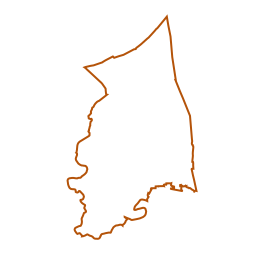 Murighiol, Tulcea, Romania, rotated 176°
{"feature_id": "2599482B84020842271263", "entity_name": "Murighiol", "entity_type": "district", "adm_level": 2, "iso_a3": "ROU", "parent_name": "Romania", "parent_adm1": "Tulcea", "projection": "orthographic", "projection_center": [29.149, 44.927], "detail": "fine", "context": "isolated", "style": "outline", "palette": "amber", "viewbox_px": 256, "rotation_deg": 176, "n_neighbors": 0, "source": "geoboundaries", "source_scale": "gbopen_adm2", "svg_char_len": 5457}
<svg xmlns="http://www.w3.org/2000/svg" viewBox="0 0 256 256"><g transform="rotate(176 128 128)"><path d="M140.2,31.0L140.1,31.6L140.0,31.8L139.5,32.1L138.5,32.7L137.3,34.1L137.0,35.0L136.4,35.8L136.2,36.1L135.0,37.2L137.5,39.3L137.5,39.5L135.7,38.5L132.4,37.0L131.1,36.1L130.7,36.0L129.9,36.0L125.8,36.5L123.2,36.9L122.3,37.1L119.9,37.9L119.1,38.2L117.9,39.0L117.4,39.4L116.6,40.4L116.2,41.5L116.0,42.3L115.9,42.7L115.8,43.1L115.7,43.6L115.8,44.1L115.9,44.5L116.3,46.2L116.6,46.6L117.3,47.1L118.1,47.3L119.1,47.3L123.1,46.5L123.4,46.6L125.9,45.8L126.8,45.8L127.4,46.0L127.5,46.2L127.4,47.0L126.9,48.5L126.6,49.1L125.8,50.1L123.5,52.2L120.9,55.2L120.4,55.5L119.6,55.6L119.1,55.7L118.1,55.5L116.7,55.1L115.3,54.6L113.9,53.8L113.9,55.6L112.7,57.5L112.6,57.4L112.3,57.8L112.3,58.0L112.5,58.1L112.8,58.4L112.8,58.7L112.9,58.8L113.0,59.0L113.0,59.7L112.9,60.1L112.9,60.3L112.5,61.3L112.3,61.8L111.4,61.1L108.9,65.1L109.4,65.5L109.2,66.1L109.0,66.3L104.7,66.0L104.5,67.8L103.9,67.8L102.3,67.8L101.8,67.6L101.6,67.8L96.9,67.6L96.5,67.6L96.2,67.5L96.4,68.3L96.3,68.5L96.1,68.9L95.9,69.0L95.6,69.1L94.4,69.0L94.1,68.8L93.8,68.8L93.7,69.0L93.6,69.4L93.6,70.1L93.4,70.1L89.0,69.8L88.7,69.9L89.0,68.2L89.0,67.7L88.6,67.2L88.1,67.1L87.8,66.9L87.6,66.8L87.4,66.7L87.2,66.7L86.3,66.5L86.2,66.4L86.1,66.1L86.3,64.8L86.6,64.7L87.9,64.9L88.6,64.7L89.2,64.7L89.3,64.7L89.4,64.3L89.3,64.2L78.6,61.4L78.4,61.6L78.4,61.8L78.5,62.0L79.1,62.3L79.1,62.7L79.2,63.3L79.1,63.8L79.1,64.0L78.8,65.1L79.1,65.9L79.4,66.1L80.0,66.2L80.0,67.4L79.0,67.6L78.7,67.1L78.4,66.8L77.9,66.5L77.8,66.3L77.6,66.3L77.3,66.0L77.0,66.0L76.4,65.8L75.8,66.0L75.4,66.0L74.7,66.4L74.5,66.0L73.8,66.1L74.0,65.3L73.9,65.2L73.3,64.8L72.5,64.4L71.8,64.3L71.6,64.1L71.3,63.7L70.7,63.8L70.4,63.8L69.4,63.0L68.5,62.1L67.7,61.7L67.1,61.2L66.6,60.7L66.3,59.9L66.1,60.0L65.7,60.5L65.2,60.8L64.7,60.7L64.1,60.5L65.7,71.6L66.5,76.3L66.9,79.3L67.2,81.0L67.2,81.5L67.4,82.5L67.2,82.8L66.4,82.9L65.6,82.8L65.6,83.1L65.6,85.9L65.4,88.5L65.5,89.3L65.5,89.6L65.7,89.9L66.2,89.9L65.9,91.9L65.5,93.9L65.2,95.8L65.2,97.7L65.0,99.5L64.2,104.0L64.2,105.3L64.3,105.5L64.5,105.6L64.8,106.2L64.8,106.4L64.7,106.6L65.1,107.0L65.3,107.4L65.4,107.9L65.3,108.6L64.9,110.4L65.0,112.5L65.3,135.8L71.0,153.5L73.6,161.0L77.4,172.7L77.0,172.7L78.9,195.6L79.2,216.3L80.6,227.3L81.5,236.4L91.9,225.4L92.7,225.0L94.6,223.0L101.2,216.7L102.3,216.0L109.5,210.4L112.0,208.7L114.2,207.3L114.8,206.2L116.5,206.1L121.0,204.1L127.4,201.3L132.0,200.3L136.9,199.0L138.1,200.4L145.7,197.1L148.6,195.6L148.9,195.3L157.9,192.9L161.1,192.6L166.1,191.8L167.1,191.5L166.1,190.7L165.1,189.5L154.5,178.2L151.4,174.9L150.7,174.0L148.1,169.7L147.7,169.0L147.6,168.7L147.6,166.0L147.5,164.0L147.4,163.2L147.1,162.8L146.7,162.7L147.1,162.4L148.7,161.3L154.8,157.2L156.4,156.6L157.1,156.2L157.9,155.5L158.9,154.6L159.7,153.6L160.2,152.9L160.7,151.9L161.0,151.5L161.4,151.2L162.2,150.8L162.3,150.6L162.7,149.1L163.2,148.3L163.8,147.2L163.9,146.7L163.9,146.0L163.8,145.6L163.9,145.2L165.3,143.8L166.6,142.8L166.7,142.5L166.5,141.1L166.5,140.5L166.2,140.1L165.1,139.7L164.8,139.6L163.9,139.7L163.7,139.5L163.5,139.0L163.5,138.5L163.6,138.1L163.9,137.7L164.7,136.9L164.9,136.7L165.0,136.2L165.2,135.5L165.4,134.7L165.5,133.0L166.0,132.2L166.6,130.2L167.0,129.2L167.1,128.9L167.1,128.2L167.3,127.9L167.7,127.5L167.7,127.3L167.5,126.9L166.7,125.7L166.7,125.3L166.9,124.4L166.8,123.9L166.9,123.4L167.2,123.0L168.2,122.4L176.9,117.9L177.6,117.4L178.1,117.0L178.8,116.2L179.4,115.1L179.8,113.8L180.5,109.5L180.9,108.1L181.1,106.9L181.3,106.8L180.7,106.1L180.7,104.8L181.1,103.8L181.6,102.8L182.2,101.3L182.2,100.1L181.9,99.2L181.2,98.0L180.0,96.0L178.8,95.0L177.9,94.4L176.9,93.9L175.6,93.7L174.9,93.5L173.7,93.3L173.0,93.1L172.6,92.7L172.2,92.2L171.9,91.8L171.7,91.2L171.5,90.1L171.5,89.5L171.9,88.6L172.4,87.0L173.1,86.1L174.4,84.9L176.4,83.6L177.0,83.3L177.8,82.7L178.0,82.3L178.9,81.7L180.4,81.7L181.1,81.7L182.1,81.3L183.2,81.4L183.7,81.5L185.9,82.0L187.4,82.1L189.9,81.9L190.9,81.5L191.2,81.3L191.5,80.9L191.9,80.1L191.9,79.1L191.8,77.9L191.7,76.1L191.4,74.8L191.0,73.5L190.5,72.4L190.0,71.9L189.5,71.4L188.8,71.1L188.0,70.9L186.4,70.7L185.5,70.5L184.9,70.2L184.7,69.8L184.6,69.3L184.6,68.5L184.6,67.9L184.3,67.6L183.9,67.4L183.5,67.3L182.7,67.2L182.2,67.5L181.9,67.7L181.3,68.5L180.6,68.5L180.1,68.0L177.3,64.6L177.0,63.5L176.8,62.9L176.8,62.5L177.0,61.9L177.6,60.6L178.0,60.1L178.4,59.9L178.9,59.7L179.6,59.7L180.2,59.6L180.4,59.5L180.5,59.1L180.3,58.1L179.9,57.4L179.2,56.5L178.2,55.6L176.3,54.2L176.2,53.7L176.3,53.4L177.2,51.4L177.2,51.1L175.8,48.3L175.7,47.9L175.8,47.5L175.9,47.2L176.4,46.8L177.2,46.6L177.8,46.3L178.1,45.7L179.0,43.7L180.5,41.0L180.6,40.3L180.5,37.8L180.7,36.6L180.9,35.8L181.2,35.1L182.0,33.8L182.3,33.7L183.6,33.5L184.3,33.3L186.6,32.4L187.4,32.0L187.8,31.7L188.3,30.7L188.3,30.0L188.0,29.0L186.7,26.8L186.1,26.1L185.9,25.9L185.5,26.0L183.9,26.5L183.5,26.4L183.3,26.3L182.9,25.8L182.0,24.6L181.2,23.7L181.4,23.1L180.2,23.2L178.4,23.7L176.2,24.7L175.9,24.7L175.2,24.3L174.8,24.0L173.7,23.3L172.3,22.8L171.1,22.1L170.5,21.5L170.1,20.9L169.2,20.1L168.0,19.8L165.9,19.6L165.4,19.6L164.5,19.9L163.7,20.6L163.2,21.5L163.3,21.5L163.0,22.1L162.6,22.8L162.0,23.6L161.6,23.9L161.0,24.1L159.3,24.3L157.9,24.6L154.7,25.0L154.1,25.0L152.7,24.8L152.4,25.0L151.3,27.3L150.3,28.7L149.6,29.8L148.7,30.5L147.7,31.1L146.6,31.6L146.4,31.6L145.6,31.6L144.6,31.7L142.7,32.1L141.3,31.9L140.8,31.6L140.2,31.0Z" fill="none" stroke="#b45309" stroke-width="2"/></g></svg>